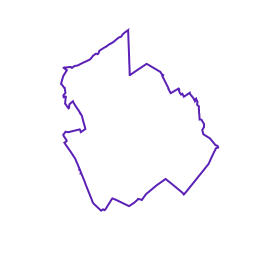 Topraisar, Constanta, Romania, rotated 324°
{"feature_id": "2599482B45619773184208", "entity_name": "Topraisar", "entity_type": "district", "adm_level": 2, "iso_a3": "ROU", "parent_name": "Romania", "parent_adm1": "Constanta", "projection": "natural_earth1", "projection_center": [28.487, 44.028], "detail": "fine", "context": "isolated", "style": "outline", "palette": "violet", "viewbox_px": 256, "rotation_deg": 324, "n_neighbors": 0, "source": "geoboundaries", "source_scale": "gbopen_adm2", "svg_char_len": 5276}
<svg xmlns="http://www.w3.org/2000/svg" viewBox="0 0 256 256"><g transform="rotate(324 128 128)"><path d="M71.8,95.4L71.7,95.5L71.5,95.8L71.4,96.1L71.3,96.5L71.1,101.6L71.1,101.9L70.9,102.2L70.7,102.4L70.5,102.6L70.2,102.6L69.8,102.6L67.9,102.5L67.7,107.2L67.8,107.4L67.5,117.4L67.4,117.5L67.3,121.7L66.7,124.1L66.3,125.7L66.3,126.1L64.8,132.3L64.7,132.4L64.8,132.4L63.7,136.6L63.0,137.0L63.5,137.4L61.1,147.2L60.9,147.5L59.4,153.3L56.3,165.7L56.1,166.2L56.0,166.3L55.9,166.9L55.7,168.4L55.8,169.5L56.2,171.4L56.8,174.6L57.7,179.1L60.1,179.2L60.2,179.4L60.5,180.3L60.6,180.6L60.8,180.7L61.0,180.6L61.3,180.6L62.0,180.5L63.9,179.8L65.0,179.3L66.2,178.8L71.2,176.8L72.4,176.3L73.0,176.1L73.5,175.9L74.0,175.8L74.2,176.0L75.4,178.1L75.6,178.2L82.9,191.8L89.2,192.1L94.0,191.6L94.4,191.3L96.1,193.1L96.4,193.5L96.8,194.4L103.1,192.3L104.0,192.1L105.3,192.0L117.6,191.2L118.0,191.2L125.7,191.3L128.4,191.3L128.5,191.6L130.6,199.1L134.1,212.7L134.0,213.2L134.0,213.5L134.1,213.9L134.1,214.6L134.8,214.5L135.5,214.3L137.9,213.7L142.4,212.5L143.8,212.1L149.2,210.7L154.3,209.3L156.3,208.7L160.2,207.7L164.5,206.5L167.8,205.6L170.7,204.8L171.4,204.6L171.7,204.5L172.0,204.5L172.3,204.3L173.8,203.5L174.8,202.9L177.7,201.2L179.9,200.0L181.2,199.3L181.9,198.9L186.0,196.8L186.4,196.5L186.8,196.3L187.0,196.2L187.3,196.2L187.6,196.1L187.9,196.2L188.4,196.4L189.3,196.8L189.5,196.8L189.6,196.5L189.7,196.3L189.8,195.7L189.9,195.2L189.2,193.9L188.7,193.2L188.7,192.9L188.6,191.5L188.5,190.3L188.3,186.4L188.2,184.5L187.3,182.4L185.4,177.6L185.3,177.4L186.8,173.4L187.0,173.3L187.1,173.2L187.3,173.1L189.6,172.1L189.8,172.1L191.8,169.7L192.3,164.6L191.4,163.4L190.9,163.2L191.4,162.4L192.0,161.6L192.2,161.2L192.7,160.4L193.0,160.0L193.2,159.7L193.4,159.4L193.5,159.2L193.8,158.8L194.0,158.4L194.1,158.1L194.2,157.9L194.3,157.7L194.4,157.4L194.5,157.2L194.7,156.9L194.9,156.7L195.0,156.5L195.2,156.3L195.4,156.0L195.7,155.6L195.9,155.4L196.2,155.0L196.3,154.9L196.4,154.7L196.4,154.3L196.5,154.2L196.8,153.8L197.2,153.3L197.6,152.9L197.7,152.6L197.9,152.4L198.2,152.0L198.4,151.8L198.8,151.7L198.3,151.6L197.9,151.4L197.7,150.8L197.6,150.3L197.7,149.7L197.8,149.4L198.3,148.9L199.1,148.3L199.6,147.7L199.8,147.2L199.7,146.7L199.9,146.2L199.9,145.9L200.0,145.4L200.2,144.4L200.3,144.2L200.2,144.2L200.0,144.3L199.9,144.5L199.5,144.8L199.1,145.1L198.5,145.5L198.0,145.7L198.1,145.4L198.2,145.0L198.2,144.9L198.2,144.7L198.2,144.4L198.1,144.2L198.1,143.9L198.4,142.8L198.4,140.0L198.3,139.8L198.2,137.0L198.2,136.8L198.3,136.7L198.7,135.8L196.3,135.7L194.8,135.7L193.2,135.6L192.0,135.5L191.6,135.5L192.1,132.2L190.6,132.1L190.6,130.9L190.7,129.4L191.4,127.5L192.0,127.1L192.2,126.5L192.2,126.2L191.9,126.3L191.7,125.8L183.0,124.9L183.7,120.1L183.8,119.8L184.0,119.8L184.3,118.5L186.3,106.1L186.8,106.1L187.5,106.0L187.6,105.9L186.9,104.0L187.0,103.2L187.2,101.9L187.0,101.2L186.5,100.2L184.9,96.4L183.9,94.2L183.6,93.4L182.6,91.1L181.1,87.7L180.6,87.0L180.4,87.0L179.1,87.0L170.3,86.6L170.1,86.6L160.6,86.3L160.5,86.2L162.1,83.8L163.2,82.3L166.9,76.7L167.6,75.6L167.9,75.3L168.7,74.0L170.5,71.4L171.2,70.4L171.8,69.4L172.2,68.9L172.7,68.1L173.5,66.9L173.8,66.5L174.0,66.2L174.5,65.4L175.3,64.3L177.1,61.6L177.5,61.0L178.3,59.8L178.7,59.2L179.1,58.6L180.5,56.5L181.7,54.7L182.5,53.6L183.1,52.7L184.0,51.3L185.5,49.0L185.6,48.9L185.3,48.9L184.8,48.9L183.9,48.8L180.8,48.9L179.0,49.1L178.6,49.1L178.2,49.3L176.3,50.1L176.2,50.1L175.8,50.0L174.0,49.4L173.8,49.4L171.0,49.5L169.5,49.6L168.8,49.7L167.2,49.8L165.2,49.8L164.7,49.6L163.8,49.6L163.5,49.6L163.2,49.6L162.6,49.3L161.6,49.3L161.1,49.3L160.7,49.2L160.1,49.3L159.7,49.3L158.9,49.2L158.7,49.3L158.4,49.4L158.2,49.4L157.6,49.2L156.1,49.0L154.9,49.0L154.2,48.9L151.0,48.7L150.4,48.7L150.0,48.8L149.8,48.9L149.4,49.1L148.9,49.6L148.5,50.0L148.0,50.2L147.8,50.3L147.4,50.3L146.8,50.4L146.6,50.3L146.5,50.0L146.3,49.6L146.0,49.3L145.8,49.1L145.6,49.0L144.5,49.0L142.3,49.0L142.0,49.0L141.6,49.2L141.0,49.4L140.1,49.6L139.3,49.8L138.8,50.0L138.4,50.1L138.2,50.1L137.7,50.1L136.9,50.1L135.6,49.9L134.6,49.7L132.6,49.3L131.6,49.1L131.3,49.1L130.9,48.9L130.6,48.8L129.6,48.7L129.0,48.7L128.5,48.6L127.9,48.4L127.2,48.2L126.7,48.2L125.9,48.2L125.3,48.1L124.7,48.0L124.2,47.8L123.4,47.5L122.6,47.2L121.7,46.7L121.4,46.5L121.1,46.4L120.6,46.4L118.9,46.4L117.9,46.4L117.8,46.1L117.8,45.7L117.7,45.7L117.4,44.9L115.7,43.8L113.6,42.8L113.0,42.2L112.0,41.7L111.4,41.4L111.3,41.5L112.5,45.3L111.4,45.8L111.1,45.9L110.8,46.0L106.6,47.7L106.1,47.9L105.8,48.2L105.1,48.7L102.2,51.0L99.9,52.8L100.0,52.9L100.0,58.0L100.4,58.3L99.5,60.0L98.2,62.6L98.0,62.8L97.4,63.0L96.4,63.2L95.5,63.4L95.2,63.5L94.9,63.7L94.8,63.8L94.7,64.1L94.5,64.4L94.5,64.5L94.1,64.9L94.1,65.4L95.2,65.5L95.4,65.6L95.6,65.6L96.1,66.1L96.1,66.3L95.9,66.4L95.7,66.5L95.2,67.1L94.8,67.4L94.1,68.3L93.2,69.3L92.5,70.1L91.8,70.9L91.7,71.0L91.5,71.3L91.4,71.4L91.4,71.5L91.5,71.8L91.4,77.1L92.1,77.1L94.4,74.5L94.5,74.4L98.8,74.0L99.1,74.0L98.9,74.5L98.5,79.4L98.5,79.8L98.3,86.2L98.2,86.5L98.2,87.9L97.9,87.9L97.9,88.0L97.9,91.0L96.5,94.4L95.0,98.4L93.8,101.6L92.9,103.8L87.4,103.6L87.7,102.7L87.9,102.3L88.1,100.7L87.8,100.6L77.5,96.4L77.0,96.1L76.9,96.1L76.1,95.2L75.3,94.3L75.1,94.4L74.4,94.6L72.5,95.2L72.2,95.3L71.9,95.5L71.8,95.4Z" fill="none" stroke="#5b21b6" stroke-width="2"/></g></svg>